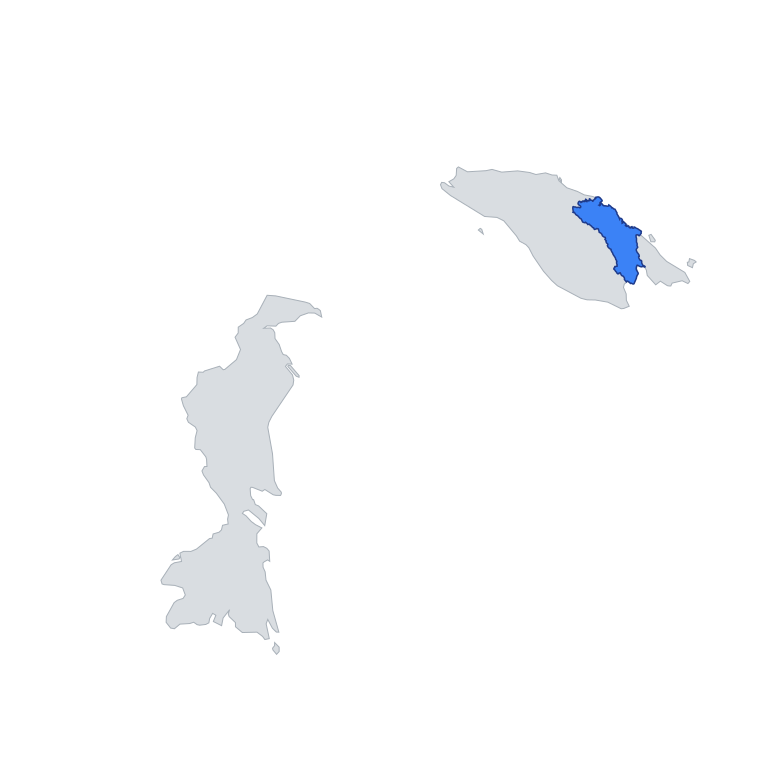 Perak on a map of Malaysia (Equal Earth projection), rotated 141°
{"feature_id": "MYS-1137", "entity_name": "Perak", "entity_type": "State", "adm_level": 1, "iso_a3": "MYS", "parent_name": "Malaysia", "parent_adm1": "", "projection": "equal_earth", "projection_center": [101.191, 4.79], "detail": "fine", "context": "in_parent", "style": "filled", "palette": "blue", "viewbox_px": 768, "rotation_deg": 141, "n_neighbors": 0, "source": "natural_earth", "source_scale": "10m", "svg_char_len": 9484}
<svg xmlns="http://www.w3.org/2000/svg" viewBox="0 0 768 768"><g transform="rotate(141 384 384)"><path d="M649.1,381.0L645.1,380.1L639.4,375.4L633.6,373.7L616.9,373.7L614.5,372.3L611.2,375.0L605.4,372.6L602.1,372.9L598.4,375.8L593.2,373.3L590.6,377.4L587.3,380.1L583.7,391.2L583.0,404.6L583.8,412.9L582.1,417.4L581.5,426.9L580.2,431.0L575.5,432.8L573.5,431.3L569.3,437.1L568.3,439.5L568.1,448.6L571.4,451.5L571.4,453.4L564.5,461.0L558.6,465.4L557.7,469.3L560.1,477.3L559.1,481.1L555.9,483.0L553.6,493.3L550.8,499.9L549.7,500.5L545.6,498.4L529.8,501.3L525.2,506.7L520.7,510.1L517.1,506.9L515.3,507.1L500.6,501.3L500.0,496.3L498.5,495.5L483.3,495.8L473.8,501.1L470.3,514.1L465.2,515.4L461.5,519.9L454.9,519.4L450.9,520.6L444.5,518.5L438.4,518.2L419.0,526.5L412.7,520.6L393.8,497.4L391.1,493.4L390.5,486.3L388.4,485.0L387.7,483.1L387.3,481.0L390.3,475.2L393.2,482.7L398.0,486.8L406.1,489.7L413.8,488.8L424.5,496.3L427.9,497.5L431.6,497.0L438.3,502.8L442.4,503.0L437.0,499.0L436.0,495.9L436.6,492.6L440.1,487.9L440.6,480.7L443.2,473.6L443.8,470.3L441.8,467.8L441.4,463.4L442.9,457.3L446.5,460.4L449.5,459.7L449.4,448.6L451.7,443.8L455.3,440.5L491.6,429.4L497.6,426.7L501.6,423.5L514.6,399.9L530.0,377.9L532.1,370.1L531.9,364.6L532.8,363.3L534.5,362.5L538.0,365.4L539.8,367.6L543.0,377.0L546.1,377.3L551.2,386.4L552.4,387.5L553.9,386.9L557.9,381.1L558.9,376.8L558.1,376.2L559.9,371.3L558.2,368.2L556.7,357.0L565.8,349.0L565.9,358.2L568.6,371.4L573.1,373.3L575.5,372.5L574.2,368.5L573.7,360.7L572.4,355.6L569.5,349.0L577.1,347.6L582.9,340.5L583.8,336.1L580.0,333.5L578.5,330.1L578.4,326.5L584.4,318.1L585.1,320.5L588.8,321.2L590.7,321.1L593.3,317.7L594.6,312.8L599.1,305.9L601.6,295.1L613.0,277.9L621.9,257.3L623.8,259.0L624.4,264.5L622.5,274.2L626.5,271.8L633.4,258.3L637.4,260.4L637.2,264.2L638.9,271.1L650.5,280.0L652.2,288.8L649.6,292.1L650.7,300.7L649.8,303.3L646.0,305.8L656.3,303.4L662.3,298.4L666.1,306.8L660.2,310.1L661.5,313.6L667.1,311.5L670.4,308.6L673.8,309.3L679.1,312.6L680.7,314.6L681.8,318.6L685.7,320.1L693.7,325.8L700.9,325.7L703.4,328.6L703.3,335.9L699.5,340.2L684.6,346.2L680.7,346.0L675.1,343.8L671.2,345.1L668.8,352.2L673.4,359.2L681.2,366.5L682.3,368.3L680.8,371.9L663.2,377.5L659.5,377.0L653.0,373.5L649.1,381.0ZM80.0,281.4L81.8,271.3L84.6,270.8L87.3,276.6L96.6,281.1L99.4,279.7L100.6,280.6L101.9,282.1L104.5,290.0L110.4,290.1L111.1,302.7L108.4,307.5L108.0,310.8L112.3,316.7L114.8,315.3L117.0,310.0L126.7,304.8L130.7,310.4L134.4,310.4L137.1,308.4L139.1,301.6L143.0,296.5L144.5,290.1L150.1,291.8L152.3,293.2L158.6,306.8L166.9,316.3L173.2,321.6L177.0,326.7L187.4,351.2L188.6,359.1L189.1,371.3L187.6,389.6L185.7,398.7L186.0,403.0L188.7,409.6L187.9,415.8L188.2,435.4L191.4,442.4L200.4,450.9L213.7,488.6L216.0,499.3L214.7,503.3L212.3,504.4L210.3,502.3L209.0,497.1L205.9,493.0L206.3,500.4L200.6,499.5L196.6,500.7L191.9,505.8L189.6,505.9L185.6,496.4L170.5,485.6L165.0,482.8L159.2,474.6L146.0,465.5L137.7,456.7L134.1,451.2L125.6,446.4L121.9,440.7L118.3,437.5L120.2,432.0L118.4,421.4L112.4,411.7L109.4,405.0L103.8,398.4L99.3,390.0L102.0,387.5L97.6,378.6L96.1,372.1L96.1,359.9L91.5,342.7L87.5,318.8L88.2,310.5L87.2,301.4L80.0,281.4ZM633.7,249.5L631.7,251.9L631.1,245.5L633.8,242.1L637.6,241.5L637.7,247.2L636.9,248.8L633.7,249.5ZM71.1,280.3L73.4,285.0L71.7,287.7L70.3,287.0L67.7,289.2L64.9,284.6L64.6,282.4L67.9,282.8L71.1,280.3ZM447.7,458.2L446.7,458.8L445.1,457.2L444.7,443.9L445.8,442.7L447.3,445.3L447.7,458.2ZM87.1,326.6L84.6,332.9L82.3,332.2L82.7,325.0L84.1,324.1L87.1,326.6ZM659.2,380.4L654.7,381.2L651.5,381.1L651.9,377.6L653.4,377.0L659.2,380.4ZM213.8,444.3L211.3,444.4L210.7,442.7L212.5,438.1L213.8,444.3ZM119.0,433.0L117.4,433.8L117.6,431.0L118.8,429.5L119.0,433.0Z" fill="#d9dde1" stroke="#a8b0b8" stroke-width="1"/><path d="M107.7,310.7L108.0,311.2L108.4,312.3L108.6,312.6L108.9,312.8L109.5,312.7L109.9,312.8L110.6,313.5L111.2,314.4L111.7,315.5L112.1,316.6L112.6,317.0L113.5,316.6L115.0,315.4L115.5,314.7L116.0,313.9L116.2,313.1L116.3,312.1L116.7,310.1L117.7,309.4L119.0,309.1L120.3,308.3L121.4,307.3L126.0,304.9L126.8,304.6L127.5,304.9L128.0,305.8L128.2,306.3L128.3,306.6L128.6,306.8L129.0,306.9L129.3,307.1L129.3,307.4L129.2,307.9L129.2,308.3L129.8,310.3L130.3,311.0L131.0,311.2L131.4,311.0L131.4,313.5L131.3,314.1L130.8,314.5L130.6,314.9L130.4,315.3L130.3,315.7L130.3,316.6L130.3,317.2L130.4,317.7L130.8,318.1L130.9,318.3L131.0,319.1L131.0,319.6L130.7,320.6L130.5,321.4L130.4,321.7L130.5,321.9L131.1,322.0L131.5,322.3L132.1,322.0L132.4,322.2L132.8,322.3L133.1,322.7L133.1,323.1L133.2,323.5L133.0,324.2L132.9,324.6L133.1,325.7L133.0,326.4L132.9,327.6L133.1,328.3L133.0,328.7L132.9,328.9L132.3,329.3L132.1,329.4L131.7,329.3L131.4,329.3L131.1,329.5L130.8,329.9L130.7,330.0L130.0,329.5L129.4,329.4L129.0,329.0L128.8,328.8L128.7,328.8L128.3,329.4L127.7,330.0L127.6,330.7L127.6,331.0L127.4,331.2L126.8,331.9L126.6,332.5L126.3,332.6L126.0,332.6L125.9,332.7L125.7,333.5L125.5,334.2L125.5,335.0L124.8,336.5L124.7,337.9L124.6,338.2L124.6,339.1L124.5,339.8L124.4,340.4L124.4,340.7L123.9,341.9L123.8,343.3L123.6,343.9L123.5,344.8L123.3,345.2L122.8,345.7L123.1,346.5L123.4,347.0L123.5,347.2L123.7,349.0L123.7,349.5L123.4,350.8L123.3,351.0L123.1,351.2L122.4,351.3L122.0,352.1L122.0,352.4L122.2,353.1L122.3,353.5L122.3,353.9L122.0,354.4L121.8,355.1L121.7,355.2L121.4,355.3L121.2,355.4L121.2,355.6L121.3,356.6L121.3,357.1L121.3,357.4L121.2,357.5L120.7,357.5L120.2,357.8L119.8,358.6L120.5,359.8L120.7,360.4L121.0,361.6L120.5,363.3L120.5,364.0L120.7,365.4L121.1,365.9L121.2,366.3L121.2,366.6L121.2,366.8L120.9,367.0L120.4,368.4L120.1,369.0L119.8,369.6L120.2,370.0L120.6,370.7L120.7,370.9L120.8,370.9L121.1,370.8L122.6,371.4L123.0,371.5L123.2,371.8L123.2,372.2L122.8,373.4L122.8,373.6L123.3,374.1L123.4,374.6L123.4,376.4L123.6,376.9L123.9,377.3L123.9,377.5L123.8,378.1L123.8,378.6L123.8,378.9L123.9,379.0L124.3,379.3L124.7,379.4L125.3,379.7L125.3,380.0L125.2,380.2L125.2,381.0L125.4,382.2L125.6,382.9L125.8,382.9L126.1,382.7L126.6,383.1L126.9,383.5L127.7,384.9L127.0,387.6L126.9,388.4L127.0,388.5L127.3,389.0L127.4,389.4L127.6,392.6L127.7,393.4L128.1,394.0L128.2,394.4L128.3,395.2L128.1,397.0L128.2,397.4L128.2,397.7L128.5,397.7L128.8,397.9L129.1,398.6L128.5,398.8L128.3,399.1L127.0,401.3L126.3,402.2L126.0,402.5L125.6,402.8L125.4,402.8L125.2,402.7L124.8,402.0L124.4,401.6L124.2,401.3L123.7,401.0L123.4,400.3L123.0,399.7L122.9,399.6L122.2,399.4L122.0,399.2L121.4,398.7L121.3,398.4L121.2,398.1L121.0,397.8L120.7,397.6L120.4,397.6L120.0,397.6L119.6,397.8L119.5,398.0L119.3,398.7L119.3,398.9L119.6,399.5L119.9,400.8L119.9,401.6L119.6,402.2L118.9,402.7L118.6,402.9L117.8,403.1L117.3,403.1L117.0,402.9L116.9,402.7L116.7,402.1L116.8,401.2L116.5,401.0L116.2,401.0L115.8,401.3L115.6,401.3L115.2,400.8L115.0,400.7L114.7,401.0L114.3,401.1L114.2,401.0L114.0,400.4L113.8,400.1L113.7,400.2L113.6,400.4L113.4,400.4L113.3,400.2L113.3,399.9L113.2,399.7L113.0,399.4L112.8,399.4L112.8,399.5L112.6,400.0L112.2,400.2L111.7,400.1L111.3,400.4L111.3,399.9L111.3,399.6L111.5,399.5L111.8,399.6L112.0,399.6L112.0,399.4L111.7,399.0L111.6,398.4L111.3,398.7L110.9,399.0L110.8,399.3L110.7,399.4L110.6,398.7L110.6,398.2L110.3,397.9L110.0,398.0L109.8,398.0L109.6,397.9L109.4,397.4L109.2,397.3L108.9,397.5L108.6,397.6L108.4,397.6L108.3,397.8L108.2,398.3L108.1,398.5L107.9,398.6L107.6,398.5L107.5,398.3L107.5,397.9L107.9,397.1L107.8,396.9L107.6,396.6L106.8,396.0L106.8,395.9L106.8,395.6L106.8,395.0L106.8,394.7L106.7,394.6L106.3,394.7L105.4,395.0L104.2,395.1L103.4,395.4L103.6,395.1L103.2,394.9L102.5,395.1L102.1,395.2L102.0,395.4L101.6,395.6L100.8,395.3L100.0,394.7L99.5,394.3L99.2,393.7L99.0,393.0L98.9,392.2L98.9,390.0L99.0,389.3L99.5,388.9L101.5,389.1L102.2,388.9L102.7,388.1L103.2,387.7L103.9,387.6L104.4,387.7L104.1,386.8L103.3,386.9L102.6,387.4L102.2,387.7L101.4,387.6L101.2,386.9L101.3,385.9L101.3,384.7L101.0,384.2L99.3,382.6L98.8,381.9L98.1,381.3L97.4,381.1L96.6,381.7L96.3,380.8L96.0,379.4L95.9,378.1L96.1,377.5L95.6,377.3L95.4,376.7L95.4,376.0L95.3,375.4L94.9,374.9L94.6,374.8L94.5,374.5L94.6,373.6L94.9,372.4L95.0,371.8L95.1,371.0L95.2,370.4L95.8,369.8L96.0,369.2L96.1,368.0L96.7,365.1L97.1,363.9L96.6,364.2L96.0,364.0L95.5,363.4L95.3,362.6L95.4,361.7L95.7,360.9L96.1,360.5L96.7,360.9L96.9,360.3L97.1,359.8L97.4,359.4L97.7,359.1L97.0,358.9L96.3,359.3L95.7,359.3L95.5,358.1L95.4,355.9L95.7,355.3L96.7,355.2L96.7,354.9L96.0,354.6L96.2,354.0L96.2,353.7L95.5,353.4L95.2,353.4L95.0,353.5L94.8,353.4L94.6,352.8L94.6,352.2L94.9,351.5L94.9,351.0L94.7,350.9L94.3,350.8L94.1,350.7L94.0,350.1L93.6,350.3L93.3,350.4L92.5,350.4L92.2,350.2L92.3,349.8L92.6,349.5L92.8,349.5L92.8,348.9L92.7,348.7L92.4,348.6L92.1,348.1L91.7,347.9L91.4,348.0L91.1,348.3L90.8,348.6L90.4,348.0L89.9,346.2L89.1,345.0L88.9,344.0L88.4,342.5L88.2,341.9L87.9,340.9L88.0,340.6L88.4,340.5L89.2,339.3L91.7,338.6L92.0,338.5L92.5,338.7L92.7,339.9L92.9,340.3L93.4,340.5L93.9,341.0L94.2,341.1L94.4,341.0L94.6,340.9L95.2,340.1L95.7,339.4L96.1,338.3L98.4,335.5L98.6,335.2L98.7,334.4L99.0,333.7L99.2,333.4L100.2,332.4L100.3,332.2L100.4,331.6L100.7,330.8L100.9,330.5L102.0,330.3L103.2,329.9L103.4,329.7L103.8,329.1L104.1,328.3L104.4,327.0L104.4,325.9L104.5,324.2L104.7,323.6L105.2,322.7L105.3,322.6L105.6,322.8L106.0,322.7L106.4,322.1L106.6,321.7L106.8,321.0L106.9,320.5L107.0,318.9L106.9,318.6L106.5,318.4L106.4,318.3L106.3,317.7L106.4,317.4L106.7,317.0L106.9,316.6L107.1,316.4L107.5,316.0L107.7,315.7L108.1,312.9L108.0,312.7L107.6,312.3L107.3,311.8L107.2,311.0L107.3,310.8L107.7,310.7Z" fill="#3b82f6" stroke="#1e3a8a" stroke-width="1.5"/></g></svg>